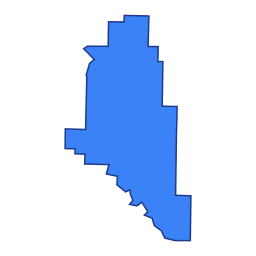 outline of Monroe, Arkansas, United States of America
{"feature_id": "52423323B23771932588071", "entity_name": "Monroe", "entity_type": "district", "adm_level": 2, "iso_a3": "USA", "parent_name": "United States of America", "parent_adm1": "Arkansas", "projection": "robinson", "projection_center": [-91.218, 34.67], "detail": "fine", "context": "isolated", "style": "filled", "palette": "blue", "viewbox_px": 256, "rotation_deg": 0, "n_neighbors": 0, "source": "geoboundaries", "source_scale": "gbopen_adm2", "svg_char_len": 737}
<svg xmlns="http://www.w3.org/2000/svg" viewBox="0 0 256 256"><path d="M87.4,46.2L83.7,48.8L94.3,59.5L89.6,63.3L86.1,75.4L86.8,76.1L85.6,129.5L65.3,128.9L65.1,148.6L75.1,148.8L75.0,153.8L85.0,154.1L84.7,164.0L109.0,164.6L106.3,174.0L117.4,176.3L116.9,184.8L125.7,191.9L129.7,189.9L130.5,194.6L132.9,200.2L129.5,204.4L137.1,205.8L141.9,202.2L147.8,211.8L144.4,215.1L152.1,218.2L154.3,225.5L154.5,225.8L155.4,226.3L155.9,226.7L156.5,227.3L161.3,230.6L164.8,238.1L175.2,240.6L190.3,240.6L190.9,195.8L175.6,195.3L176.4,136.3L176.9,116.6L177.1,106.5L162.2,106.2L162.9,61.6L157.9,61.6L158.2,46.6L148.1,46.5L148.9,16.0L132.4,15.6L124.2,15.4L124.0,21.9L108.6,21.8L108.1,46.3L87.4,46.2Z" fill="#3b82f6" stroke="#1e3a8a" stroke-width="1.5"/></svg>